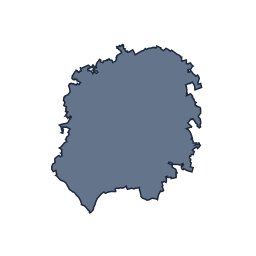 Canalete, Córdoba, Colombia, rotated 332°
{"feature_id": "7082276B82675854286902", "entity_name": "Canalete", "entity_type": "district", "adm_level": 2, "iso_a3": "COL", "parent_name": "Colombia", "parent_adm1": "Córdoba", "projection": "albers", "projection_center": [-76.229, 8.721], "detail": "fine", "context": "isolated", "style": "filled", "palette": "slate", "viewbox_px": 256, "rotation_deg": 332, "n_neighbors": 0, "source": "geoboundaries", "source_scale": "gbopen_adm2", "svg_char_len": 5806}
<svg xmlns="http://www.w3.org/2000/svg" viewBox="0 0 256 256"><g transform="rotate(332 128 128)"><path d="M194.7,72.9L191.8,69.1L190.4,70.4L189.7,70.2L189.3,69.8L189.4,69.4L188.0,68.6L187.7,68.7L187.2,68.3L186.5,68.6L185.0,67.8L182.9,67.2L181.1,67.3L180.6,66.0L177.9,66.9L176.3,66.4L168.8,66.7L168.9,61.3L165.4,61.3L165.3,61.5L163.3,61.1L163.7,59.9L163.0,59.5L162.7,59.9L162.3,59.8L162.3,59.1L162.0,58.8L162.0,57.5L162.6,56.7L161.3,55.8L162.6,53.5L162.9,52.5L162.2,51.7L161.3,52.6L161.1,52.0L159.3,52.3L159.3,51.3L156.6,51.6L156.4,50.9L156.1,50.9L156.1,51.6L155.7,52.2L156.8,53.3L156.6,54.1L157.9,56.1L157.6,56.5L157.9,57.0L157.6,58.6L152.7,58.8L151.7,59.2L151.6,60.2L150.7,60.1L150.0,62.1L149.5,62.1L149.0,62.8L148.3,63.1L145.3,63.1L145.7,60.9L145.2,60.2L143.8,59.5L143.8,58.2L141.5,57.9L141.5,58.5L137.6,57.3L136.7,58.5L136.2,58.3L134.8,56.9L134.7,56.5L135.9,55.3L135.2,54.1L130.8,56.1L129.3,57.6L129.4,57.9L128.3,58.6L128.7,59.8L128.1,60.0L127.8,59.8L127.1,57.9L126.7,55.8L126.4,55.9L124.8,56.9L126.0,59.9L125.8,59.9L125.9,60.2L124.1,60.2L124.9,62.1L127.2,62.8L127.5,64.5L125.7,64.9L124.1,62.4L122.4,63.5L122.5,61.0L122.2,60.5L121.2,59.9L121.2,59.0L119.6,58.5L120.0,57.2L120.9,57.0L121.0,56.7L122.1,57.2L123.9,57.3L122.5,53.9L114.4,53.4L114.2,51.9L113.6,55.6L112.9,55.7L111.8,55.1L111.2,55.8L110.3,55.7L110.2,54.6L109.7,54.2L110.0,53.4L109.3,52.6L108.9,53.2L107.2,53.7L103.0,56.1L103.1,56.4L101.8,57.9L102.3,59.5L102.5,59.8L103.2,59.8L104.1,59.5L103.9,60.5L105.6,60.9L105.1,62.5L106.0,63.2L107.4,65.6L105.0,66.6L104.2,64.9L103.7,65.4L102.3,65.1L102.2,65.4L101.1,64.1L100.8,63.4L100.4,63.0L99.8,63.1L98.9,61.8L97.8,61.6L97.3,62.1L96.8,61.8L95.5,62.7L94.9,65.9L94.2,68.1L93.6,69.2L90.2,70.5L87.9,70.2L87.2,70.3L87.0,70.8L86.0,70.7L83.9,73.4L83.9,73.8L84.4,74.5L84.3,75.8L81.9,78.0L83.6,80.6L81.8,82.1L81.6,82.9L81.9,83.1L80.6,84.0L81.2,85.3L81.9,85.1L82.4,85.4L81.5,86.2L81.3,86.1L78.7,87.6L79.1,87.6L79.4,89.0L78.9,89.2L79.4,90.4L79.4,91.2L82.8,90.4L83.1,91.5L83.0,92.0L81.3,92.0L81.4,92.8L80.2,93.0L78.7,94.4L77.5,94.9L76.0,95.1L72.6,93.9L68.9,93.2L69.3,93.8L69.2,94.8L69.4,95.4L69.1,97.1L68.7,97.6L68.6,99.7L67.9,100.8L66.9,100.9L68.0,102.0L70.0,99.4L69.6,99.1L70.9,96.6L73.5,98.2L74.0,98.1L76.3,101.6L72.8,103.8L73.5,105.2L72.1,106.5L70.9,107.1L69.6,107.2L69.1,107.5L68.3,108.8L67.5,108.7L67.7,110.9L67.5,111.4L65.1,111.2L60.0,113.3L58.0,113.4L59.3,115.9L57.7,119.0L56.8,118.6L57.1,120.4L56.8,120.7L56.8,121.5L55.0,121.7L54.3,119.9L54.0,119.8L49.5,120.5L48.7,121.1L47.3,124.4L44.5,124.6L42.6,126.3L41.4,128.4L41.5,131.4L44.4,131.6L43.6,134.1L43.5,135.6L41.9,135.8L42.7,137.3L43.6,141.4L44.7,143.3L46.5,145.3L47.4,147.4L47.5,154.8L48.6,156.8L49.0,158.1L50.3,159.6L50.6,160.2L50.7,161.9L51.9,166.3L52.0,169.3L51.6,172.5L50.9,173.8L52.9,176.2L53.6,178.0L54.3,181.6L54.9,182.9L54.3,184.3L54.4,185.0L55.4,185.0L58.2,184.2L58.8,183.8L59.5,183.3L60.4,181.9L63.3,179.8L64.7,178.2L67.7,175.8L73.4,173.7L76.5,173.2L76.8,173.4L77.2,174.7L77.5,175.0L80.5,175.3L83.5,176.2L87.0,178.2L87.6,178.0L87.7,176.1L88.5,175.6L89.1,175.6L91.9,177.1L93.7,177.2L94.2,178.2L96.0,178.7L99.2,178.6L98.6,181.1L98.7,181.9L99.6,182.0L102.7,182.8L105.0,184.7L106.4,184.7L108.7,185.6L109.9,185.7L109.6,187.3L109.0,188.2L108.8,190.1L108.1,192.3L108.0,193.3L107.3,194.5L107.7,196.4L108.2,197.2L110.1,199.2L110.8,200.6L112.6,201.2L116.3,201.3L119.6,203.8L120.4,205.1L123.1,201.7L127.1,198.9L127.1,199.4L127.5,199.7L128.0,199.7L128.6,200.1L130.1,199.9L130.7,195.6L131.7,195.3L132.4,191.7L133.8,192.3L134.6,191.9L136.0,193.9L136.9,193.0L137.8,191.5L138.2,190.2L138.2,188.9L139.8,189.1L139.4,189.9L139.6,190.1L141.5,191.2L142.9,191.7L142.4,192.9L147.1,194.3L147.2,193.8L147.7,193.6L148.2,192.9L148.2,192.2L148.7,191.3L150.3,190.8L150.3,190.5L149.5,190.0L150.2,189.5L150.1,189.1L150.7,187.9L150.6,186.6L148.7,183.5L149.7,181.5L147.1,178.2L148.3,177.4L150.3,179.3L150.3,180.3L150.8,181.3L154.7,183.4L156.6,185.3L159.9,185.2L159.8,186.4L159.0,186.5L158.6,187.0L158.2,186.0L157.8,186.4L157.9,187.4L156.7,187.5L156.5,190.0L157.3,190.7L158.3,190.3L160.1,193.2L163.8,196.8L166.9,193.6L164.8,191.4L167.5,188.4L167.1,187.2L167.7,185.9L168.1,185.9L168.7,185.1L168.3,184.3L168.4,183.2L169.3,181.7L170.2,182.3L171.5,180.9L173.1,182.2L174.2,181.0L175.5,179.9L174.4,177.9L176.4,177.1L179.8,176.9L179.9,178.8L182.0,178.2L183.7,177.2L183.4,176.0L183.7,174.6L182.9,174.3L182.3,174.8L182.2,175.6L180.9,174.8L179.4,174.5L180.6,174.0L181.3,173.3L178.6,171.9L179.2,170.4L179.4,168.0L179.2,167.6L178.5,167.6L178.5,167.3L180.0,167.3L180.8,162.9L180.9,160.3L180.3,157.5L179.2,156.1L181.0,156.1L181.6,156.4L183.1,156.5L184.2,157.0L184.3,156.6L184.8,156.5L184.7,156.2L183.1,151.6L188.0,149.6L188.5,150.6L189.6,150.2L189.9,151.0L190.2,155.7L191.0,157.6L190.5,158.4L190.0,158.6L190.9,161.3L192.6,161.1L192.9,159.2L194.5,158.0L194.8,157.0L195.2,156.4L195.5,155.1L196.0,154.3L195.5,151.0L195.7,150.5L199.1,149.0L201.3,144.7L201.2,143.5L198.6,140.9L199.0,140.4L197.9,139.1L198.4,138.4L200.2,137.4L199.0,136.1L199.8,133.5L199.1,132.6L199.5,131.6L199.1,131.0L200.0,130.3L199.3,127.1L195.8,127.1L196.3,125.9L195.1,126.4L197.9,121.9L198.9,118.9L199.1,117.1L202.3,117.2L203.5,117.9L204.9,117.6L205.5,117.9L206.2,117.6L206.6,119.3L206.5,122.2L205.0,125.8L212.0,126.7L213.1,122.8L210.5,122.5L211.0,120.8L214.2,117.7L214.5,116.3L214.3,113.9L212.1,114.0L211.9,112.7L211.1,111.1L210.4,106.9L208.8,107.6L208.1,107.5L207.4,107.2L207.8,107.2L208.0,106.6L207.3,106.5L208.0,105.3L208.1,105.5L208.3,105.4L208.3,105.0L208.4,105.3L208.8,105.2L208.6,104.7L209.4,104.9L210.4,105.6L211.9,105.1L213.3,104.1L214.6,103.9L213.7,101.5L213.8,99.9L212.5,99.5L211.0,99.6L209.8,98.6L211.4,95.3L206.9,94.2L207.2,93.2L208.7,90.6L207.8,90.2L207.8,88.5L205.6,85.3L203.1,79.8L201.4,80.1L200.3,77.4L198.9,75.5L195.6,76.4L194.1,73.4L194.7,72.9Z" fill="#64748b" stroke="#1e293b" stroke-width="1.5"/></g></svg>